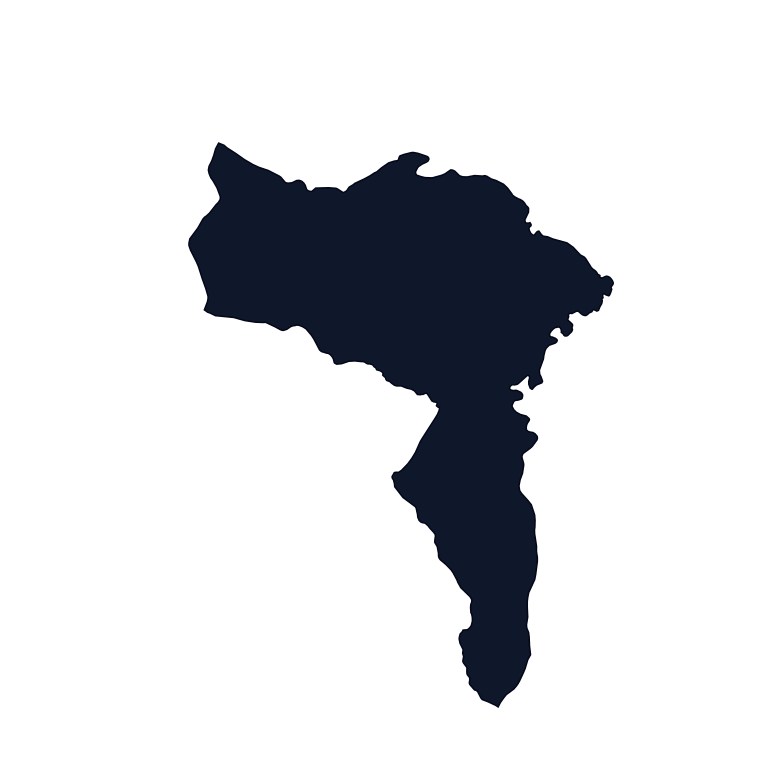 outline of Liquiçá, Liquica, East Timor, rotated 298°
{"feature_id": "22284137B50300896823957", "entity_name": "Liquiçá", "entity_type": "district", "adm_level": 2, "iso_a3": "TLS", "parent_name": "East Timor", "parent_adm1": "Liquica", "projection": "albers", "projection_center": [125.317, -8.659], "detail": "fine", "context": "isolated", "style": "filled", "palette": "ink", "viewbox_px": 768, "rotation_deg": 298, "n_neighbors": 0, "source": "geoboundaries", "source_scale": "gbopen_adm2", "svg_char_len": 6171}
<svg xmlns="http://www.w3.org/2000/svg" viewBox="0 0 768 768"><g transform="rotate(298 384 384)"><path d="M519.1,124.9L512.6,124.9L506.2,126.3L500.2,127.2L494.2,127.3L490.4,128.5L487.6,130.9L484.9,134.2L483.2,137.6L478.9,144.4L472.7,151.4L470.7,152.5L469.4,152.7L466.5,152.5L463.7,151.6L453.0,149.7L449.0,148.3L446.9,147.2L444.6,146.7L434.2,146.4L421.0,144.4L416.4,145.8L414.6,146.9L411.4,150.3L403.9,160.9L400.7,164.9L391.6,174.2L384.6,181.9L378.8,187.5L376.7,188.6L373.7,189.5L365.1,190.6L364.6,194.7L365.0,197.2L365.2,203.1L372.2,220.1L374.7,231.5L378.2,241.4L381.4,248.1L382.9,250.6L383.4,261.3L383.3,267.0L383.6,268.9L384.1,270.0L386.6,272.5L390.9,274.7L392.8,276.4L393.8,278.0L395.2,279.4L396.0,281.7L396.4,285.2L396.1,289.3L392.9,297.2L390.7,301.1L383.8,311.2L383.3,313.5L384.3,318.9L384.9,320.5L384.7,322.9L383.7,325.5L382.4,327.5L379.3,330.3L379.3,332.9L382.0,337.0L387.6,342.3L390.8,347.6L393.1,353.4L393.9,354.8L394.3,356.8L394.0,358.8L394.2,360.4L395.0,361.9L395.4,363.4L395.6,365.1L394.6,367.1L394.5,368.7L394.0,369.8L393.1,370.8L393.9,374.6L393.6,377.2L392.9,378.1L391.1,378.9L390.4,382.1L388.8,383.8L388.4,384.9L388.9,387.9L388.3,390.1L387.8,393.6L388.2,396.0L390.4,400.1L391.0,405.8L392.3,410.6L392.2,414.3L390.4,418.4L391.6,421.2L392.5,422.1L393.1,423.3L395.5,425.1L395.8,426.6L391.5,434.3L391.6,436.3L392.5,439.0L391.8,440.2L389.4,440.5L388.9,442.7L389.3,444.1L386.7,445.1L382.3,445.5L377.2,445.2L352.9,443.2L349.9,443.1L338.3,443.9L331.3,443.5L324.6,442.5L315.9,440.0L312.9,438.4L311.5,435.7L310.6,434.7L306.0,434.6L304.7,435.6L303.8,437.4L300.9,440.0L298.3,441.7L292.7,454.1L290.4,469.2L289.7,470.5L284.6,474.8L282.2,476.4L280.0,479.1L279.4,481.4L279.6,483.0L280.4,485.5L279.6,489.2L278.2,492.3L276.5,497.2L275.2,499.9L273.6,500.9L269.7,502.3L267.9,503.3L265.4,507.4L260.2,511.5L257.4,513.1L256.0,514.6L255.2,516.4L253.6,523.8L251.4,530.5L249.8,533.6L245.3,540.3L243.5,542.4L240.2,547.5L236.6,559.9L234.7,562.9L232.6,563.8L229.9,564.2L227.0,565.5L222.9,568.1L221.9,569.5L219.3,571.6L216.3,573.3L212.9,574.2L210.7,574.5L207.9,573.8L206.1,572.9L203.8,569.3L202.4,569.5L199.0,568.6L195.4,569.5L194.1,570.1L190.8,572.8L186.6,578.6L183.1,579.9L180.9,582.2L176.5,583.6L175.2,584.8L172.5,590.4L168.7,592.3L166.9,593.5L165.9,595.1L165.5,596.5L164.3,597.9L163.1,598.6L160.2,599.6L159.2,600.5L158.6,601.7L156.4,607.4L156.7,609.1L156.5,610.9L152.2,617.1L151.5,618.9L152.3,625.2L152.7,633.9L152.4,636.4L157.3,636.3L163.0,637.0L167.2,637.8L175.6,641.8L179.7,642.7L182.3,643.0L185.6,643.1L194.6,642.6L199.0,642.2L208.0,640.4L213.7,640.5L221.0,635.5L228.8,630.9L232.4,628.4L235.6,624.6L238.4,622.8L245.7,620.3L254.7,615.0L259.3,612.6L262.8,611.2L267.7,609.7L282.0,608.9L286.9,607.4L299.6,602.6L303.1,600.7L307.6,597.3L312.4,594.8L322.5,587.3L325.8,585.4L328.5,584.4L334.7,581.3L339.1,578.5L346.5,570.8L348.6,566.0L352.0,556.7L353.6,553.8L357.4,551.0L363.1,549.2L370.2,548.2L378.1,545.4L379.7,544.3L383.7,540.5L385.1,539.7L386.2,539.5L387.9,539.4L395.8,543.2L398.6,544.2L406.3,545.3L407.7,545.1L408.8,544.5L409.7,543.8L410.9,540.9L411.1,538.3L410.0,535.1L409.8,533.2L410.4,531.3L412.3,530.0L414.8,529.2L416.6,529.0L419.9,529.3L420.9,529.1L421.6,528.3L422.5,524.7L421.1,518.6L421.2,513.9L422.2,510.7L424.1,507.9L425.3,507.1L429.2,506.8L430.7,507.2L433.0,510.2L435.3,512.4L436.1,512.7L438.4,512.1L439.7,511.3L440.6,509.8L440.9,508.4L440.7,504.9L440.4,503.4L438.9,501.3L438.3,499.2L438.5,497.7L439.1,496.9L439.8,496.7L441.4,496.5L443.2,497.4L443.8,498.0L444.5,499.7L446.1,501.6L447.2,502.3L458.8,506.5L459.3,507.4L459.0,508.8L457.7,509.7L454.1,510.6L451.7,512.0L449.0,515.0L448.8,516.9L449.0,517.4L452.0,518.0L454.9,519.2L459.1,522.8L460.7,522.8L461.2,522.4L464.2,519.1L465.6,517.0L469.1,514.7L480.9,513.0L484.4,511.7L489.1,510.5L491.7,510.4L495.7,511.6L500.5,516.0L502.3,516.7L503.8,516.5L504.5,515.7L504.8,514.0L504.5,510.6L503.9,509.2L504.2,508.0L505.6,506.8L507.0,506.6L509.2,506.8L511.7,507.5L514.0,508.5L516.4,511.4L516.4,513.1L515.8,514.2L514.3,515.6L512.8,516.3L512.4,518.6L511.5,520.0L511.3,521.0L512.0,522.5L512.5,523.0L513.2,523.5L518.2,525.1L520.3,525.0L522.1,523.5L523.8,523.2L524.8,522.7L525.5,521.4L526.7,516.5L527.3,515.9L530.3,515.4L531.4,514.3L532.7,514.4L533.7,514.9L534.5,516.9L538.4,519.6L539.5,521.2L538.3,526.4L538.5,528.4L539.1,530.0L540.9,531.1L542.9,531.7L545.4,533.6L547.4,533.6L548.2,534.5L548.3,537.7L549.7,538.8L553.4,538.4L557.2,538.5L559.9,537.7L561.4,536.4L563.0,536.9L564.4,535.7L565.8,535.2L566.4,535.2L567.0,536.3L566.9,538.1L567.4,541.1L568.1,541.4L570.6,541.3L574.5,540.6L575.8,539.2L576.7,539.0L579.3,539.4L580.9,539.0L582.6,537.0L583.9,534.2L584.2,532.3L584.0,530.8L583.8,530.1L582.9,529.0L579.9,526.8L579.6,524.3L581.2,523.7L581.3,521.0L582.4,519.4L583.1,517.6L583.6,514.0L584.2,512.3L589.5,503.0L590.1,501.1L590.1,496.8L593.5,486.9L594.5,479.4L591.3,464.9L590.8,459.4L589.3,455.1L589.8,452.9L591.7,449.0L591.0,448.1L589.8,447.5L586.1,446.8L585.3,445.5L586.0,442.8L587.9,440.1L590.0,438.6L592.8,439.5L594.0,438.9L595.0,437.1L594.1,436.4L592.8,434.0L593.1,432.9L595.0,431.3L603.6,430.9L607.1,429.1L607.9,427.4L608.2,425.8L609.8,423.1L610.6,420.9L610.9,418.0L610.6,416.0L610.6,411.5L611.1,408.8L611.9,407.6L615.0,401.1L616.5,395.8L616.3,387.5L615.4,382.5L615.7,377.2L615.3,375.2L613.8,373.3L610.6,366.2L605.9,360.3L604.0,356.5L603.3,353.0L605.1,346.9L605.2,345.6L605.0,343.9L604.4,342.4L598.2,339.2L595.3,336.9L589.3,330.5L588.4,329.3L585.5,323.3L584.5,319.4L583.7,314.6L584.9,313.0L586.4,312.2L590.8,312.1L592.4,312.5L596.0,314.4L599.7,317.2L601.5,318.2L603.6,318.1L604.5,317.4L605.2,315.8L604.9,313.3L603.6,305.6L602.1,300.9L600.9,299.2L596.1,293.9L592.9,291.0L591.4,290.9L588.6,291.5L587.5,291.0L585.6,288.4L581.4,284.3L573.9,280.4L567.8,278.0L565.8,276.4L561.2,273.9L555.9,270.4L547.4,264.0L545.6,263.3L541.4,260.8L537.5,260.4L535.9,259.8L533.8,258.1L534.4,251.2L534.3,249.8L531.2,242.8L524.9,231.7L520.2,229.9L519.5,228.6L519.0,226.6L519.3,224.5L522.5,221.1L523.8,218.7L524.4,216.1L524.0,213.4L522.6,211.3L518.6,208.4L516.3,205.1L515.5,202.5L518.1,196.0L518.4,194.0L518.2,181.5L516.6,172.0L516.2,165.2L516.6,155.4L517.9,145.4L518.8,134.4L519.7,130.7L519.1,124.9Z" fill="#0f172a" stroke="#020617" stroke-width="1.5"/></g></svg>